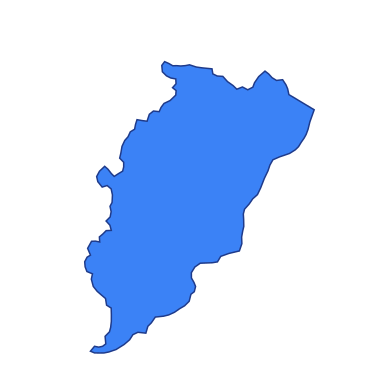 Buriti de Goiás, Goiás, Brazil, rotated 165°
{"feature_id": "56859067B41653153753174", "entity_name": "Buriti de Goiás", "entity_type": "district", "adm_level": 2, "iso_a3": "BRA", "parent_name": "Brazil", "parent_adm1": "Goiás", "projection": "orthographic", "projection_center": [-50.442, -16.168], "detail": "fine", "context": "isolated", "style": "filled", "palette": "blue", "viewbox_px": 384, "rotation_deg": 165, "n_neighbors": 0, "source": "geoboundaries", "source_scale": "gbopen_adm2", "svg_char_len": 2110}
<svg xmlns="http://www.w3.org/2000/svg" viewBox="0 0 384 384"><g transform="rotate(165 192 192)"><path d="M331.3,64.5L327.8,61.8L322.9,60.4L318.6,59.3L313.7,59.0L306.1,59.5L297.0,62.3L290.5,65.4L286.0,69.5L280.6,70.5L273.1,67.6L269.4,73.7L265.2,76.1L259.8,80.7L251.6,79.4L246.3,79.3L239.9,80.4L234.1,82.5L228.6,84.0L223.0,87.2L219.5,93.5L215.6,95.1L213.0,99.8L213.5,104.1L214.8,109.1L213.5,114.2L208.7,118.8L202.5,121.1L190.6,118.4L185.5,117.9L180.9,122.4L172.3,123.1L161.5,122.8L157.2,129.2L155.7,135.7L153.0,141.4L150.9,145.3L149.2,152.2L148.1,157.5L145.7,161.8L139.9,165.6L135.1,169.7L129.5,172.5L124.7,178.1L118.6,186.4L113.1,192.8L109.8,197.8L105.5,202.2L98.1,203.3L93.3,203.6L87.8,204.0L81.3,206.0L77.4,208.2L73.6,211.8L69.8,215.0L66.9,218.0L63.7,222.5L60.0,229.2L52.7,239.8L73.2,261.0L72.9,266.9L73.5,271.2L75.4,277.0L81.5,277.9L85.1,281.7L87.4,286.2L90.2,289.9L97.7,286.2L103.3,281.4L106.1,277.5L111.7,276.3L116.1,280.4L122.1,279.7L124.8,284.2L129.1,289.4L132.3,295.7L137.6,297.5L141.3,300.7L140.8,305.8L150.1,309.3L155.5,311.6L161.5,315.5L165.7,315.8L170.2,316.6L174.1,318.0L177.9,318.9L181.1,322.1L184.7,325.0L188.4,322.1L189.5,315.8L186.6,310.8L183.0,307.6L178.4,305.4L179.4,300.7L183.8,297.8L181.1,294.1L182.6,289.8L189.5,286.0L196.1,284.8L200.0,281.7L202.9,278.1L208.3,280.2L213.1,278.1L217.1,272.0L221.9,274.0L226.4,276.1L229.0,272.0L231.2,267.5L236.0,266.1L239.5,261.9L243.6,259.2L247.8,254.2L250.7,247.9L253.1,243.4L250.3,238.4L251.5,233.9L253.6,230.1L258.5,228.7L263.1,227.2L265.2,230.8L267.3,235.8L269.7,239.4L276.0,236.0L280.1,231.6L280.3,226.3L277.5,220.0L272.3,220.2L269.3,215.9L269.6,209.8L271.9,202.6L274.9,199.4L275.2,193.9L277.5,189.1L282.5,186.2L279.9,181.2L279.9,175.8L284.9,176.9L289.2,174.4L293.1,172.6L294.1,167.6L297.9,169.5L301.8,170.4L307.4,164.6L306.4,157.3L310.2,156.2L313.7,152.4L314.6,147.4L314.1,142.4L309.3,138.7L311.8,133.9L311.8,126.3L309.3,120.6L306.0,115.7L303.1,111.5L303.8,104.8L300.1,100.8L301.6,94.5L303.4,87.9L305.6,82.3L307.9,78.3L313.3,75.1L314.6,67.6L318.3,66.1L322.3,66.3L326.1,68.2L331.3,64.5Z" fill="#3b82f6" stroke="#1e3a8a" stroke-width="1.5"/></g></svg>